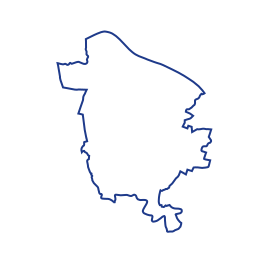 Go Cong Tay, Tiền Giang, Vietnam (orthographic projection), rotated 201°
{"feature_id": "81297802B95643835690721", "entity_name": "Go Cong Tay", "entity_type": "district", "adm_level": 2, "iso_a3": "VNM", "parent_name": "Vietnam", "parent_adm1": "Tiền Giang", "projection": "orthographic", "projection_center": [106.581, 10.355], "detail": "fine", "context": "isolated", "style": "outline", "palette": "blue", "viewbox_px": 256, "rotation_deg": 201, "n_neighbors": 0, "source": "geoboundaries", "source_scale": "gbopen_adm2", "svg_char_len": 5570}
<svg xmlns="http://www.w3.org/2000/svg" viewBox="0 0 256 256"><g transform="rotate(201 128 128)"><path d="M43.7,54.6L43.8,56.0L43.9,57.1L44.0,57.7L44.3,58.5L45.4,58.7L46.1,59.0L48.3,60.2L49.4,61.0L50.2,61.7L51.6,63.4L52.5,64.3L52.5,64.5L52.4,64.7L48.8,67.1L48.5,67.4L48.3,67.8L48.1,68.2L47.9,68.9L47.9,69.3L48.2,70.1L48.4,70.5L48.8,70.9L49.3,71.1L49.7,71.1L50.8,71.0L51.9,70.8L55.2,69.7L56.4,69.5L58.0,69.5L59.3,69.8L60.2,70.2L61.2,70.8L61.7,71.0L62.0,70.8L62.2,70.4L63.2,69.9L63.9,69.1L64.1,69.1L65.1,69.2L65.4,68.8L65.6,68.1L65.7,67.8L65.9,67.5L66.4,67.0L66.8,66.9L68.1,66.8L68.3,66.7L69.1,68.0L70.6,67.4L71.6,68.3L72.3,69.2L72.9,70.3L73.4,71.7L74.2,74.3L74.8,77.0L75.3,80.6L75.3,81.4L74.5,81.2L74.3,81.3L73.6,81.6L73.4,81.8L72.9,82.7L71.7,83.5L71.0,84.5L70.5,84.8L69.9,84.9L69.5,85.2L68.9,86.3L68.4,86.7L68.3,87.2L68.3,87.7L68.5,88.4L68.4,88.9L66.8,92.1L65.2,98.1L64.0,100.4L63.6,102.1L63.6,106.3L61.1,106.0L57.3,105.4L57.6,110.4L52.9,110.7L52.6,114.6L51.0,115.4L48.8,116.2L46.4,116.8L44.5,117.3L41.5,118.8L39.7,119.9L39.1,120.5L39.0,121.4L39.2,123.2L39.7,127.3L43.8,126.5L44.9,126.4L45.8,126.4L45.9,126.6L46.1,126.9L46.1,127.4L46.3,133.1L49.3,133.0L50.0,132.9L50.6,132.9L50.9,133.0L51.2,133.2L51.5,133.5L51.6,134.0L51.8,135.1L51.8,136.2L51.6,137.3L51.4,137.5L51.0,137.9L50.4,138.2L48.4,139.0L48.2,139.3L48.0,139.5L47.8,140.0L47.9,141.0L47.6,142.2L47.4,142.5L47.0,143.0L46.0,143.8L45.8,144.6L45.7,145.4L46.1,146.3L49.4,148.6L49.5,151.4L49.8,156.5L50.3,156.4L51.8,155.9L52.6,155.7L54.4,155.0L56.0,154.7L57.0,154.5L58.3,153.9L60.6,152.5L61.8,152.0L62.4,151.8L63.0,151.7L66.7,147.2L69.0,151.9L72.5,151.7L72.4,148.9L77.4,148.9L77.1,152.3L77.0,152.7L76.9,153.1L77.3,154.2L77.8,155.6L75.6,157.4L73.8,158.7L73.3,159.3L72.8,160.0L71.6,162.7L73.7,163.3L75.4,163.7L77.1,163.8L79.8,163.9L80.1,165.1L80.0,166.0L79.9,166.3L79.6,166.6L77.9,167.3L77.6,167.6L77.4,167.8L76.6,169.1L76.1,169.6L75.3,171.5L74.9,172.4L74.3,173.3L74.2,173.7L74.2,174.4L74.3,175.2L75.2,177.4L75.3,177.9L75.2,178.4L74.8,179.0L73.1,180.6L72.6,181.6L72.4,182.7L72.4,184.1L72.3,184.5L71.7,186.2L70.8,186.1L69.6,187.0L69.0,187.9L72.2,189.9L77.0,192.3L83.6,194.5L88.9,195.7L94.2,196.8L100.8,197.8L107.8,198.5L117.5,199.3L120.6,199.4L124.8,199.1L127.3,199.0L134.3,198.9L137.1,199.0L143.7,199.0L147.4,199.4L149.2,199.8L151.2,200.4L155.2,201.9L157.7,203.1L167.4,207.7L170.7,209.0L172.4,209.6L174.6,210.1L176.4,210.5L177.5,210.6L179.4,210.6L181.1,210.4L182.3,210.2L184.2,209.8L185.6,209.1L187.5,207.8L190.5,205.1L192.8,202.8L199.2,195.9L198.3,193.9L195.9,187.8L195.8,186.7L195.7,186.4L195.5,186.1L194.6,185.1L194.0,184.4L193.6,183.2L193.4,182.6L193.2,182.0L193.0,181.8L192.4,181.4L191.1,180.8L190.9,180.5L190.7,179.9L190.9,178.6L190.9,177.5L190.9,177.2L189.8,175.6L189.6,175.2L189.6,174.1L189.9,173.4L190.6,172.7L190.9,172.5L192.0,172.1L192.5,172.0L194.7,172.0L197.6,172.1L198.1,171.9L198.6,171.7L199.8,170.9L203.5,167.8L204.0,167.8L205.1,168.1L205.4,168.0L205.7,167.5L205.9,166.6L206.3,165.9L206.7,165.5L207.3,165.2L207.6,165.2L208.5,165.4L209.3,165.4L209.7,165.4L211.0,164.4L211.6,164.1L212.6,163.9L213.7,163.7L215.3,163.5L216.5,163.4L217.0,163.3L215.6,161.2L209.8,151.4L209.6,150.9L209.6,150.7L209.3,150.2L208.0,148.3L203.2,142.6L199.6,143.3L191.4,144.8L189.5,145.4L187.6,146.4L186.9,146.6L180.3,148.9L180.5,146.4L180.5,145.0L180.6,144.1L180.8,143.1L180.9,141.7L180.8,140.7L180.5,139.7L180.4,139.4L180.2,138.7L180.0,137.6L179.8,131.1L179.5,123.7L176.9,124.1L175.0,124.3L170.8,116.5L167.7,110.7L163.3,103.7L163.2,103.7L161.4,101.0L163.8,99.2L163.7,98.5L163.1,97.2L162.9,96.2L163.0,95.7L163.6,94.9L164.0,93.2L164.0,92.5L163.9,91.6L163.5,90.5L162.4,88.9L162.2,89.6L161.6,90.3L161.3,90.6L160.8,90.9L160.7,90.9L160.0,90.4L159.5,90.1L157.7,89.9L157.1,89.6L155.6,88.4L155.0,88.2L154.6,88.1L154.3,88.1L154.0,87.0L153.4,84.9L154.0,84.2L154.3,83.5L154.4,83.1L154.3,82.6L154.0,81.9L152.9,80.2L152.1,78.9L151.5,77.7L151.3,77.3L150.1,75.9L147.8,73.3L147.3,72.9L146.7,72.5L145.8,72.4L145.7,72.2L145.8,71.7L145.7,71.3L144.4,70.6L144.2,70.4L144.2,70.1L144.4,69.4L144.3,69.0L143.1,67.5L142.9,67.1L142.7,66.6L142.4,66.2L140.2,64.4L139.6,64.1L135.4,62.2L134.7,61.7L134.0,60.8L133.5,59.9L132.2,58.1L131.8,57.4L131.3,56.9L130.9,56.6L130.3,56.5L130.1,56.5L129.6,56.7L129.3,56.8L129.1,56.8L128.7,56.5L128.4,56.1L128.4,55.5L128.3,54.1L128.2,53.6L128.1,53.4L128.0,53.2L127.6,53.0L127.4,52.9L126.7,52.9L124.3,53.6L121.1,54.7L119.7,54.9L119.3,54.9L117.1,54.6L115.0,53.9L114.1,53.8L113.6,53.1L114.1,54.7L114.1,56.7L114.3,57.1L114.5,57.7L115.8,59.8L116.0,60.3L116.0,60.8L115.9,61.0L115.6,61.3L114.7,61.6L111.0,62.5L110.2,62.8L106.3,64.6L105.1,65.1L104.6,65.2L102.1,65.3L101.1,65.5L100.6,65.7L100.2,66.0L98.8,67.6L98.4,67.9L98.1,68.0L97.7,68.0L97.2,68.0L96.8,67.9L96.3,67.6L95.9,67.3L95.0,66.1L94.5,65.7L93.7,65.2L93.3,65.0L91.7,65.0L91.0,65.1L90.3,65.3L87.8,66.4L86.9,66.7L85.8,67.0L85.1,67.0L84.5,66.9L84.3,66.8L84.0,66.6L83.7,66.1L83.6,65.7L83.5,65.1L83.6,63.4L84.1,60.6L84.5,57.8L84.5,56.3L84.3,55.6L84.2,55.4L83.9,55.1L83.4,54.6L82.8,54.3L82.5,54.2L81.8,54.1L79.0,54.0L77.2,54.2L76.4,54.3L75.2,54.7L74.5,54.8L73.9,54.6L73.6,54.4L73.3,53.8L72.9,51.3L72.7,50.4L72.5,50.2L72.3,50.0L71.9,49.7L71.5,49.6L71.1,49.6L70.7,49.7L69.6,50.3L68.9,50.8L68.0,51.5L67.2,52.4L65.8,54.5L64.9,55.9L64.4,56.9L63.9,57.6L63.4,58.2L62.6,58.8L62.3,58.7L62.0,58.5L61.8,58.2L61.6,58.0L60.4,55.1L58.6,51.4L57.7,49.8L56.9,48.8L55.9,47.9L55.4,47.1L55.0,46.6L54.6,45.7L54.3,45.5L54.1,45.4L53.8,45.4L53.4,45.5L51.9,46.3L49.5,47.2L49.1,47.5L48.2,48.4L47.5,49.4L45.1,51.6L44.7,52.0L44.6,52.3L43.9,54.2L43.7,54.6Z" fill="none" stroke="#1e3a8a" stroke-width="2"/></g></svg>